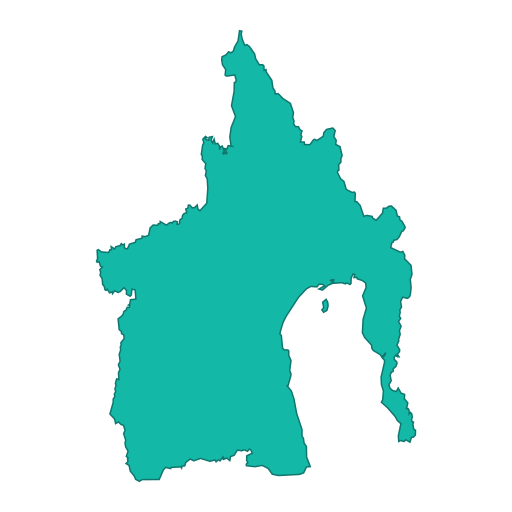 the district of Maroantsetra, Analanjirofo, Madagascar
{"feature_id": "10022922B79548799707119", "entity_name": "Maroantsetra", "entity_type": "district", "adm_level": 2, "iso_a3": "MDG", "parent_name": "Madagascar", "parent_adm1": "Analanjirofo", "projection": "equal_earth", "projection_center": [49.851, -15.369], "detail": "fine", "context": "isolated", "style": "filled", "palette": "teal", "viewbox_px": 512, "rotation_deg": 0, "n_neighbors": 0, "source": "geoboundaries", "source_scale": "gbopen_adm2", "svg_char_len": 6076}
<svg xmlns="http://www.w3.org/2000/svg" viewBox="0 0 512 512"><path d="M332.8,128.0L326.6,129.4L323.9,132.5L323.2,136.3L316.9,140.5L314.8,139.3L313.4,139.9L310.0,144.6L304.5,144.6L304.3,142.1L300.4,141.9L301.8,136.6L300.9,134.8L302.0,130.8L300.1,129.8L298.4,126.7L295.4,126.6L293.6,123.9L294.0,121.0L292.7,117.3L293.5,112.9L290.4,103.4L283.1,98.7L278.1,93.6L275.3,94.0L274.9,90.9L272.9,87.9L271.8,80.2L266.2,72.0L266.0,69.6L264.1,70.4L263.9,65.9L262.6,64.7L259.3,64.8L255.6,58.6L254.6,53.9L249.5,46.6L246.9,44.6L244.7,45.3L242.0,38.4L241.2,34.0L241.8,31.2L239.5,30.7L238.0,41.1L234.6,46.9L233.3,51.1L231.1,52.8L228.6,51.8L226.0,54.9L222.1,56.7L221.7,59.8L222.5,64.8L225.7,69.6L225.1,75.1L226.5,76.1L234.8,75.0L236.1,79.9L235.9,81.8L234.3,82.6L234.1,91.4L231.5,105.7L235.5,116.6L231.2,127.3L229.8,137.0L231.0,145.4L232.0,146.2L228.2,145.6L226.9,148.9L224.6,148.5L227.0,153.2L226.4,153.8L224.7,152.1L223.9,154.1L222.8,153.4L224.1,150.9L222.2,146.0L220.8,146.7L219.4,149.7L219.5,146.2L217.7,143.3L215.3,143.9L214.1,139.2L212.7,143.0L211.2,139.9L212.4,136.6L209.2,137.2L208.8,140.3L206.0,139.6L205.0,137.8L207.1,137.7L205.5,136.4L202.8,139.3L203.8,142.7L202.6,145.3L201.3,154.5L202.4,156.3L202.1,159.4L205.8,163.7L205.0,168.3L206.3,170.9L205.4,175.6L207.2,178.7L207.8,188.6L206.7,203.3L199.9,210.7L197.9,209.0L197.2,205.0L194.6,207.6L192.3,207.9L189.8,205.1L188.4,205.1L187.9,208.1L185.7,209.1L186.7,212.7L184.0,213.6L182.6,215.4L182.1,218.3L179.9,219.8L179.6,223.4L178.4,224.4L176.9,224.2L177.5,221.8L175.4,221.1L173.4,221.4L172.0,223.2L170.9,222.4L168.8,223.2L166.5,225.2L160.2,221.5L160.0,223.6L158.3,223.7L157.6,225.3L153.2,225.0L150.2,227.8L148.6,235.3L145.2,236.6L142.1,236.1L142.1,238.2L136.1,239.7L135.3,242.3L129.5,244.1L127.4,248.9L124.5,248.1L124.3,244.1L122.6,244.9L121.3,243.6L120.1,245.6L115.9,246.7L114.6,249.0L111.2,246.6L111.5,249.8L109.8,249.8L108.7,252.5L101.4,251.9L98.3,249.6L97.1,250.3L97.6,258.6L96.5,261.2L97.2,262.3L99.1,261.6L100.4,266.1L102.3,267.0L99.8,269.6L100.7,272.4L100.0,275.1L102.1,278.7L102.7,284.6L104.2,286.3L104.9,289.6L106.0,290.4L107.3,289.2L109.6,292.9L112.1,291.7L112.5,293.7L114.8,290.7L118.0,292.5L120.3,291.5L123.9,287.7L126.5,290.4L126.4,294.1L130.1,296.2L131.3,294.9L131.9,289.2L135.1,289.8L135.9,299.1L130.5,299.7L129.7,304.1L128.5,305.0L129.8,305.4L129.3,307.4L127.2,307.3L126.2,309.9L123.6,311.8L123.5,313.6L121.8,316.0L118.1,318.8L119.2,329.7L121.4,331.4L121.5,333.6L123.7,334.8L124.2,338.5L120.8,342.9L121.3,344.5L120.3,346.8L120.6,350.2L119.2,354.3L120.1,361.3L118.4,364.7L120.0,369.4L118.5,372.7L118.8,379.6L116.9,378.8L116.2,380.1L115.4,383.7L116.1,385.4L114.9,388.8L115.7,391.4L114.3,394.3L114.8,396.6L113.2,399.0L113.2,402.4L109.9,414.0L114.6,419.0L115.6,423.6L118.5,421.9L121.0,424.5L123.4,425.2L125.1,430.3L123.6,433.6L125.7,440.1L125.0,443.0L125.7,447.0L128.1,451.2L126.3,456.4L128.1,457.9L127.5,459.0L128.0,461.6L126.0,463.5L129.1,465.5L130.2,471.0L134.3,476.1L135.6,479.3L139.3,481.3L142.2,479.6L159.2,479.5L163.3,470.1L165.6,467.4L170.7,468.6L171.2,467.4L180.9,466.9L181.6,468.0L182.0,466.1L184.7,465.9L185.7,462.6L190.1,459.0L193.8,460.8L200.6,458.4L210.0,461.3L214.9,459.9L216.1,461.8L218.4,459.8L220.0,460.9L222.8,457.1L223.3,460.0L223.8,458.0L224.6,459.0L226.8,458.1L229.8,460.6L230.5,456.6L234.1,455.3L237.4,450.1L241.6,450.8L244.3,449.8L247.5,451.3L249.4,449.0L251.1,450.4L252.2,453.2L246.8,455.8L246.6,460.3L247.8,462.6L246.3,464.1L246.4,465.7L255.0,466.7L262.2,465.4L268.0,468.3L272.3,474.2L278.5,475.5L299.5,474.4L303.7,472.8L306.4,467.0L310.3,466.6L306.6,457.1L306.4,446.4L304.1,443.1L303.4,438.2L302.0,436.3L302.0,429.6L296.6,413.3L294.0,399.1L291.3,390.9L286.6,385.3L287.9,386.1L290.8,375.9L291.0,373.7L289.7,370.7L291.0,360.5L288.7,355.4L288.8,351.0L287.9,350.0L284.1,349.9L282.6,348.1L281.3,335.4L279.9,334.1L280.6,330.4L283.1,322.3L286.3,316.0L298.5,297.3L306.5,288.8L310.8,286.4L316.9,286.9L319.1,284.2L322.8,284.4L324.6,285.9L318.9,289.0L322.4,290.1L328.2,285.2L331.6,283.8L332.3,281.3L330.5,280.4L331.1,279.9L333.8,279.7L333.1,283.3L341.8,282.7L345.4,283.9L346.8,282.9L349.9,284.5L351.0,283.5L351.1,278.2L353.1,273.9L354.7,274.5L354.0,277.6L356.7,277.3L357.2,278.8L362.5,280.6L365.7,283.1L366.1,287.5L362.6,295.9L366.4,308.1L363.1,319.3L362.4,332.7L364.6,337.4L371.5,345.1L371.9,348.4L373.3,350.5L380.0,354.5L381.5,356.5L384.1,355.0L385.7,352.5L384.8,355.4L382.1,357.7L384.5,360.2L384.5,362.3L381.1,377.1L381.4,384.4L383.4,390.9L382.7,399.5L381.4,402.3L387.3,407.5L395.3,416.7L397.4,420.6L400.9,423.7L398.3,436.0L398.8,441.5L400.2,440.5L404.1,441.5L405.9,439.8L410.0,442.2L411.4,437.4L413.5,437.1L415.4,435.0L415.5,430.1L413.9,429.6L412.9,424.4L413.5,422.1L412.0,421.4L411.5,419.6L412.3,417.0L411.8,414.0L410.5,412.4L409.2,414.0L409.0,409.9L408.0,408.5L406.5,408.7L407.8,402.9L404.4,398.8L404.6,394.4L401.0,393.1L398.2,388.0L396.4,391.5L392.8,390.6L389.9,388.2L389.0,384.5L391.2,380.8L390.1,375.0L391.5,372.1L393.1,371.5L393.2,368.8L395.8,366.6L397.0,363.4L396.8,361.9L394.1,359.2L394.2,357.5L395.8,355.0L397.2,356.7L399.0,356.8L397.4,354.2L399.5,351.6L399.7,349.7L396.9,345.1L398.8,341.1L398.6,339.3L400.2,334.2L399.4,330.8L401.1,326.2L398.5,321.4L400.7,318.4L399.3,316.2L400.2,312.4L399.8,310.0L401.5,307.0L400.6,301.5L402.6,297.2L407.5,298.4L409.6,296.7L410.4,294.3L411.1,287.6L410.3,279.4L412.0,274.4L411.0,265.3L404.6,258.8L404.8,255.3L402.8,251.4L400.4,252.2L390.7,247.6L391.8,242.9L393.4,241.9L393.8,240.2L396.9,239.6L399.2,236.9L401.8,231.4L403.3,230.8L405.1,227.7L404.9,226.5L401.9,221.2L400.0,220.0L399.5,216.7L397.3,216.1L396.1,210.4L391.4,206.0L388.7,206.3L386.4,208.2L383.3,208.2L382.6,213.0L376.2,220.3L372.6,218.0L372.1,216.4L366.8,215.4L363.8,216.3L360.1,205.4L356.8,201.7L355.0,201.5L355.3,193.4L354.2,192.0L352.2,192.5L346.3,189.5L343.9,181.4L340.7,178.9L337.4,172.5L337.8,170.7L338.9,170.3L338.7,164.7L340.9,162.1L340.9,158.7L342.1,155.5L340.0,146.6L335.7,144.4L336.2,140.3L333.8,136.6L335.2,130.6L332.8,128.0ZM323.6,312.3L326.9,310.4L328.1,305.9L327.7,302.2L326.1,299.3L322.7,302.2L323.7,307.6L321.9,309.9L323.6,312.3Z" fill="#14b8a6" stroke="#0f766e" stroke-width="1.5"/></svg>